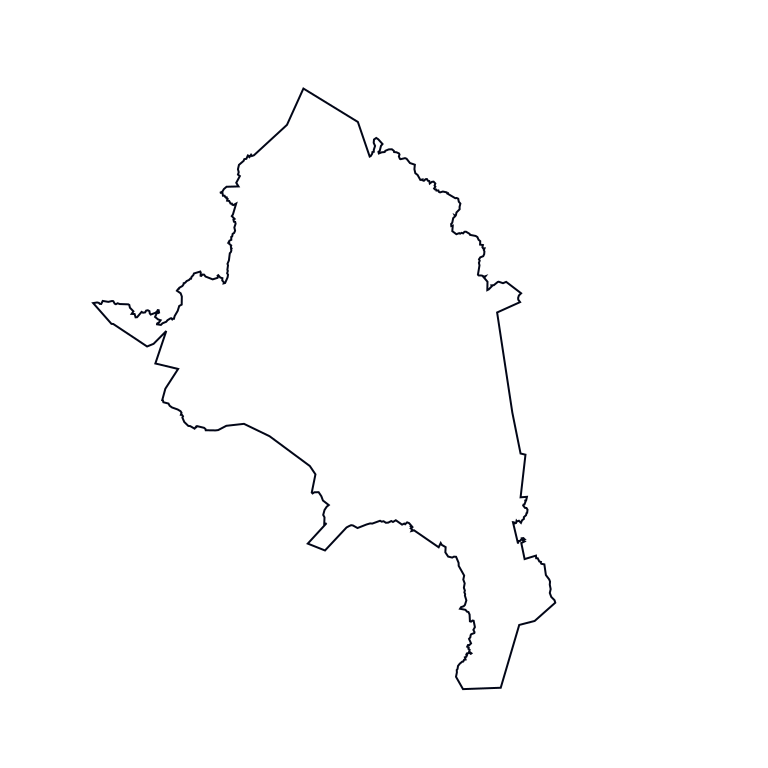 Ocampo, Chihuahua, Mexico (Natural Earth projection), rotated 38°
{"feature_id": "50627088B44718713830957", "entity_name": "Ocampo", "entity_type": "district", "adm_level": 2, "iso_a3": "MEX", "parent_name": "Mexico", "parent_adm1": "Chihuahua", "projection": "natural_earth1", "projection_center": [-108.229, 28.145], "detail": "fine", "context": "isolated", "style": "outline", "palette": "ink", "viewbox_px": 768, "rotation_deg": 38, "n_neighbors": 0, "source": "geoboundaries", "source_scale": "gbopen_adm2", "svg_char_len": 6165}
<svg xmlns="http://www.w3.org/2000/svg" viewBox="0 0 768 768"><g transform="rotate(38 384 384)"><path d="M621.0,570.4L634.1,575.8L663.0,551.5L638.9,490.6L648.6,478.0L653.6,450.9L651.5,449.4L646.9,448.8L643.3,446.6L641.6,443.0L638.2,440.1L636.5,437.5L634.5,436.3L629.2,434.9L621.4,427.4L618.7,428.8L617.5,428.3L617.2,427.6L615.6,428.2L612.4,426.7L611.2,427.6L609.4,425.7L602.6,435.4L590.1,424.8L591.7,421.5L589.6,421.7L589.2,420.8L590.3,419.8L588.7,419.6L587.5,420.8L587.9,421.2L587.8,424.0L586.7,424.9L587.8,427.2L570.7,413.5L571.5,413.0L572.8,413.4L573.6,412.2L572.7,410.3L573.4,410.5L574.5,408.7L577.4,409.1L576.7,406.4L577.3,404.2L576.2,402.8L576.7,399.9L575.8,398.0L576.1,397.4L574.5,394.7L572.6,394.0L571.4,394.8L568.5,394.1L568.2,393.1L568.8,392.4L568.0,389.8L567.1,388.9L567.7,388.3L566.1,384.9L561.4,389.2L539.0,352.6L534.4,354.7L502.7,327.5L429.1,258.0L440.8,235.7L437.9,234.9L436.7,233.6L435.8,231.2L436.2,228.1L417.4,228.3L415.7,231.3L411.4,232.8L410.8,233.6L409.7,238.5L408.0,240.1L408.8,240.4L408.3,244.9L407.6,246.4L402.6,239.7L396.7,238.5L397.6,237.3L397.6,236.6L396.9,237.7L394.3,238.3L391.7,240.2L390.7,240.0L386.2,231.7L384.2,230.1L383.5,227.9L382.1,227.3L381.9,224.9L383.5,222.2L383.0,220.0L381.5,217.7L380.2,217.0L379.7,215.2L378.6,216.1L377.3,215.6L376.4,213.6L373.9,215.0L371.9,212.2L369.7,212.1L367.1,210.7L365.1,210.9L360.0,213.5L359.0,213.0L354.9,213.5L353.7,214.5L353.6,216.6L352.1,217.1L351.4,218.7L350.4,218.8L348.8,221.4L343.7,221.5L340.7,216.9L339.8,218.1L338.4,216.6L338.5,214.9L336.4,210.7L336.8,208.0L336.0,207.6L336.7,207.5L336.7,206.6L335.5,204.2L336.0,199.7L334.5,197.9L333.1,194.8L330.7,194.3L328.4,192.3L326.7,192.7L325.8,193.7L317.5,194.8L317.0,194.3L316.4,194.9L315.4,194.4L311.9,196.1L310.2,198.5L308.9,198.8L307.7,198.0L306.2,199.3L305.2,198.7L304.3,199.3L303.1,199.1L303.0,196.9L301.7,196.5L301.0,194.4L298.5,194.0L297.3,195.2L296.6,197.8L294.7,196.2L293.4,196.8L291.6,196.1L290.7,197.0L290.3,199.3L288.8,199.8L288.4,199.1L287.0,200.8L281.8,198.6L278.9,198.6L275.7,196.0L273.3,192.2L268.4,193.9L263.1,192.6L261.5,193.1L258.7,196.6L257.9,196.8L255.6,195.5L255.0,193.7L253.9,193.1L251.2,193.7L249.2,195.0L248.2,194.2L245.7,194.2L243.3,196.2L241.5,199.4L241.7,200.8L239.6,202.8L238.0,205.5L236.7,204.5L237.1,202.9L235.0,198.2L235.1,195.8L228.8,194.7L226.4,194.9L225.6,197.5L227.4,200.3L230.4,201.9L231.8,205.8L233.0,207.3L232.1,208.4L232.9,209.7L233.2,212.6L232.7,213.6L202.1,193.6L138.6,200.8L148.0,239.5L140.7,283.8L139.5,285.7L138.1,285.2L138.3,288.1L137.4,288.1L137.2,287.4L136.0,287.7L136.9,291.3L135.5,292.8L136.0,294.6L134.8,300.6L136.7,304.7L139.1,306.5L140.0,308.9L142.4,308.9L143.7,316.4L147.7,317.9L138.5,325.5L137.8,329.0L138.2,331.9L137.0,334.3L139.0,332.8L141.2,334.8L142.5,333.8L143.7,334.4L145.2,333.8L145.6,334.7L146.8,334.4L147.5,336.1L149.3,335.1L152.0,336.3L153.1,335.5L154.0,336.1L155.1,335.8L156.4,332.8L160.6,343.5L160.7,345.4L164.6,345.9L164.1,347.1L165.8,348.5L166.9,347.9L168.4,349.1L169.7,352.8L172.3,354.9L172.9,357.2L172.3,358.8L173.5,361.2L173.1,362.2L174.9,364.4L174.0,366.2L174.4,368.6L175.3,368.2L175.9,368.9L178.3,368.9L178.9,370.3L180.5,371.1L180.3,371.7L181.6,372.9L182.1,374.4L182.0,375.9L185.7,382.1L186.7,385.7L188.0,386.5L190.3,390.5L191.3,391.0L192.2,393.3L193.8,393.9L195.1,396.3L196.6,402.2L195.7,403.4L195.3,402.5L192.8,402.0L191.5,400.1L189.5,400.9L186.4,400.3L186.2,401.1L187.1,401.6L187.5,402.8L184.6,407.0L177.2,409.2L174.9,408.6L173.7,409.4L173.4,411.4L172.8,411.6L171.1,409.1L170.0,408.5L166.2,413.9L166.7,415.7L166.4,418.0L167.1,419.8L166.5,420.2L166.3,422.1L165.1,424.4L165.0,426.6L164.1,427.9L164.7,428.8L164.8,430.9L163.4,434.3L163.8,435.0L163.3,436.1L163.4,438.0L167.9,437.7L170.8,439.5L175.7,446.0L174.6,448.6L176.4,453.4L177.2,459.3L178.3,461.9L177.6,462.3L177.4,463.5L175.8,463.2L175.3,463.8L174.1,467.1L174.1,469.0L172.1,472.5L171.8,474.8L168.4,476.7L168.0,476.0L168.8,473.9L168.7,471.3L166.2,472.2L162.3,472.1L161.2,467.3L162.4,467.1L162.8,466.2L161.0,464.6L160.2,465.1L160.5,466.6L160.0,468.7L157.4,472.9L156.0,472.6L154.3,471.0L152.5,471.3L151.4,472.6L151.7,474.6L150.2,476.2L148.6,476.4L148.3,483.4L147.2,484.4L144.4,482.4L142.0,484.1L141.8,481.0L136.8,480.3L134.6,478.5L133.4,478.7L126.5,483.7L124.4,484.4L123.6,486.2L122.3,486.5L119.7,485.4L118.6,486.0L116.2,489.0L111.2,491.7L111.9,495.0L110.6,495.9L109.4,495.6L107.7,496.4L105.0,499.3L132.2,504.4L133.7,503.4L174.2,500.3L177.7,494.2L179.8,476.3L191.2,508.6L212.5,498.9L214.6,522.3L219.2,533.3L219.8,533.0L221.4,534.2L226.2,532.1L228.5,533.1L231.4,533.0L237.1,531.1L240.4,530.7L242.1,531.3L242.9,533.3L243.7,532.7L245.5,533.2L245.8,534.6L250.0,536.9L255.6,537.5L257.2,536.5L262.2,535.8L262.2,533.2L262.7,533.3L262.8,532.2L269.2,529.3L271.1,529.4L272.0,530.2L279.9,524.2L281.7,522.4L285.5,514.0L298.2,501.6L326.0,495.6L376.1,494.3L385.6,497.4L393.9,514.0L395.1,514.2L395.8,512.2L399.1,509.5L403.7,511.0L407.6,513.4L415.0,513.4L414.4,516.0L414.7,519.9L416.7,524.6L419.2,525.7L423.3,531.4L424.4,529.1L422.2,556.7L440.0,551.5L442.8,520.1L443.9,517.6L445.0,515.5L446.6,514.6L451.8,513.8L456.7,505.5L458.9,502.4L460.7,501.2L465.1,494.2L466.9,493.9L468.2,492.4L470.9,492.2L472.7,490.6L474.1,487.5L476.0,487.2L477.2,484.1L484.8,483.7L485.9,481.5L487.0,481.5L487.4,478.8L489.4,478.2L493.9,479.1L493.2,479.8L494.3,480.0L494.0,481.3L495.9,481.4L496.2,482.9L497.8,480.8L527.6,479.0L526.6,474.4L528.5,475.2L533.0,474.6L536.0,478.9L540.8,480.5L544.6,478.8L545.4,477.0L547.2,475.8L552.9,479.0L554.8,481.3L565.1,485.6L566.9,489.3L570.3,491.4L572.4,495.4L574.9,497.0L575.6,498.7L577.3,499.6L578.0,500.9L582.1,503.8L583.8,508.3L583.6,510.1L582.1,512.4L582.3,514.3L587.2,511.8L589.6,512.3L590.9,511.7L593.4,513.0L597.8,518.1L598.9,517.7L599.4,515.9L600.4,515.4L605.3,519.6L605.8,522.7L608.1,523.8L608.5,524.7L606.8,527.4L606.9,528.6L608.0,530.5L607.9,532.5L612.3,534.8L612.0,537.1L610.9,538.0L611.3,539.8L612.9,539.4L613.5,540.7L615.1,540.7L615.8,542.4L618.7,542.4L618.5,543.2L616.8,543.2L615.2,545.3L615.5,546.6L616.3,546.4L616.8,548.3L616.0,549.6L617.9,550.9L616.9,552.0L617.3,553.9L616.6,554.6L615.9,557.7L615.9,560.6L617.4,563.3L617.4,564.6L619.0,566.4L621.0,570.4Z" fill="none" stroke="#020617" stroke-width="2"/></g></svg>